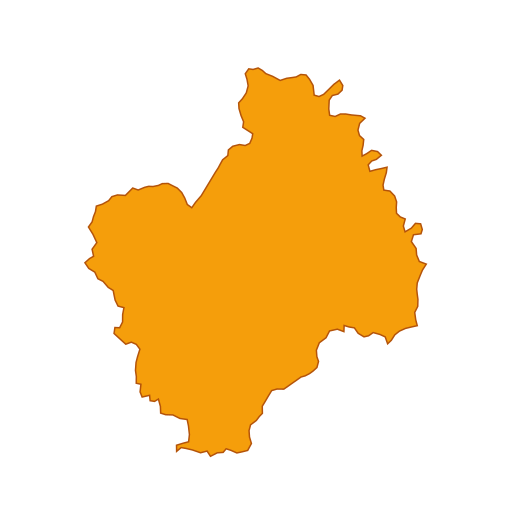 outline of André da Rocha, Rio Grande do Sul, Brazil, rotated 335°
{"feature_id": "56859067B25456576181088", "entity_name": "André da Rocha", "entity_type": "district", "adm_level": 2, "iso_a3": "BRA", "parent_name": "Brazil", "parent_adm1": "Rio Grande do Sul", "projection": "albers", "projection_center": [-51.497, -28.59], "detail": "fine", "context": "isolated", "style": "filled", "palette": "amber", "viewbox_px": 512, "rotation_deg": 335, "n_neighbors": 0, "source": "geoboundaries", "source_scale": "gbopen_adm2", "svg_char_len": 3019}
<svg xmlns="http://www.w3.org/2000/svg" viewBox="0 0 512 512"><g transform="rotate(335 256 256)"><path d="M410.0,173.1L402.1,168.5L397.4,165.3L392.6,163.0L386.7,163.0L382.2,159.6L384.1,153.5L388.2,145.7L393.0,142.8L398.7,143.9L404.1,142.1L406.7,138.2L406.0,131.9L399.2,133.3L391.4,136.1L385.6,138.1L380.5,138.1L376.7,134.8L379.8,125.5L379.2,118.5L377.9,113.1L373.3,110.4L368.1,110.7L364.0,109.5L358.9,107.9L352.1,107.1L347.0,100.2L342.0,94.9L340.2,90.6L337.4,86.5L332.2,85.7L328.5,83.3L323.3,86.3L322.5,92.1L320.8,98.5L316.1,104.1L310.2,107.7L305.0,109.9L302.9,115.2L301.8,122.4L301.5,129.1L298.4,133.8L304.7,143.8L302.2,147.5L297.9,151.3L292.9,151.3L288.1,148.0L281.3,146.7L275.8,148.2L272.9,153.1L266.4,154.7L262.7,157.4L259.0,160.2L254.5,163.0L231.9,178.2L223.9,181.8L218.2,185.1L215.5,180.3L215.9,173.3L215.5,167.1L213.4,161.2L210.2,157.2L207.0,153.1L201.6,150.8L197.4,150.8L192.0,149.5L188.2,147.5L184.1,146.7L177.1,146.4L173.0,142.3L168.7,143.9L163.2,145.9L156.2,142.1L150.5,141.3L145.8,143.6L138.7,144.1L132.4,143.3L129.2,148.0L125.3,151.7L121.9,155.8L116.4,158.9L117.4,167.4L117.4,176.6L110.3,180.6L108.7,187.6L104.0,188.0L98.1,189.8L99.2,196.6L103.1,202.5L103.1,209.8L106.7,214.4L108.8,222.0L112.0,226.9L110.8,231.7L109.7,236.4L109.8,243.1L114.5,247.0L110.4,252.7L107.2,259.4L102.1,263.4L97.9,261.2L94.6,266.2L97.5,273.3L100.7,280.9L106.6,281.4L110.2,285.5L111.4,291.4L106.1,297.2L102.3,301.8L98.4,308.8L96.6,314.7L93.7,320.7L97.5,323.6L93.5,330.2L93.2,335.7L100.7,337.3L98.9,342.4L102.6,344.9L107.1,344.4L105.8,351.9L103.2,358.1L107.1,361.7L113.5,364.9L118.4,371.1L124.5,375.1L123.0,381.4L120.2,389.7L116.4,395.9L111.0,394.9L104.0,393.9L101.5,399.5L107.2,398.0L111.2,400.8L116.4,404.9L122.6,410.9L129.2,412.1L130.1,418.3L137.7,418.0L143.2,420.1L147.5,418.1L151.2,421.6L155.4,426.4L160.6,427.6L166.3,428.7L172.6,424.0L173.6,417.3L175.9,411.3L179.7,406.7L186.8,405.2L191.3,402.8L195.3,401.3L198.2,394.8L202.4,392.0L207.6,388.4L213.3,384.6L218.7,385.4L225.0,388.4L245.7,384.7L249.9,385.4L254.8,385.2L259.0,384.4L264.1,382.8L268.1,378.0L268.6,373.0L270.9,366.9L276.7,361.4L284.9,359.7L291.0,355.0L298.8,356.7L303.7,361.7L306.5,356.2L310.4,359.7L314.8,362.7L315.9,369.2L319.7,374.9L324.3,375.9L329.8,374.9L335.2,379.5L338.9,383.9L338.2,391.2L343.0,389.6L348.5,386.1L354.3,384.7L360.9,384.8L366.8,386.0L372.7,387.3L373.8,381.3L376.0,374.2L381.3,370.0L384.4,363.8L386.1,358.4L387.6,354.0L390.8,348.5L396.7,342.9L400.9,339.1L406.9,335.3L401.7,330.0L402.0,323.0L404.3,316.8L402.9,308.6L407.7,303.3L414.9,305.6L417.9,302.3L418.8,296.4L414.3,293.8L408.6,296.4L401.3,297.1L402.2,291.1L406.9,285.5L403.3,281.6L401.4,276.7L403.6,271.3L406.3,266.4L407.0,260.2L404.8,253.7L399.7,250.3L401.1,245.4L404.8,240.6L409.3,235.6L412.3,230.9L406.5,229.7L401.1,228.4L395.0,227.4L396.2,220.8L401.0,218.8L405.9,219.3L412.2,217.7L410.3,212.7L405.4,209.1L399.7,210.0L394.4,210.3L396.4,205.4L399.8,201.0L402.9,195.9L400.7,190.6L401.6,185.0L406.0,179.6L413.0,177.2L410.0,173.1Z" fill="#f59e0b" stroke="#b45309" stroke-width="1.5"/></g></svg>